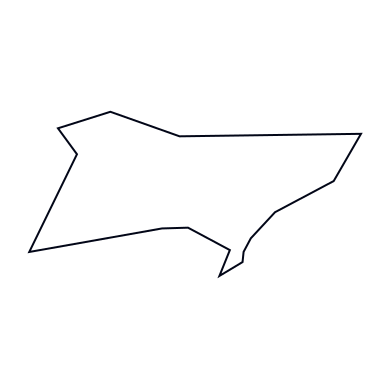 an SVG outline of Ruše, rotated 196°
{"feature_id": "SVN-219", "entity_name": "Ruše", "entity_type": "Municipality", "adm_level": 1, "iso_a3": "SVN", "parent_name": "Slovenia", "parent_adm1": "", "projection": "equal_earth", "projection_center": [15.487, 46.52], "detail": "fine", "context": "isolated", "style": "outline", "palette": "ink", "viewbox_px": 384, "rotation_deg": 196, "n_neighbors": 0, "source": "natural_earth", "source_scale": "10m", "svg_char_len": 355}
<svg xmlns="http://www.w3.org/2000/svg" viewBox="0 0 384 384"><g transform="rotate(196 192 192)"><path d="M338.4,216.3L292.6,246.6L219.3,242.1L45.6,294.5L58.8,241.6L106.6,195.5L122.7,163.7L125.9,148.7L124.1,138.6L142.5,118.9L139.6,146.6L186.0,156.6L210.8,148.7L331.9,89.5L313.0,196.6L338.4,216.3Z" fill="none" stroke="#020617" stroke-width="2"/></g></svg>